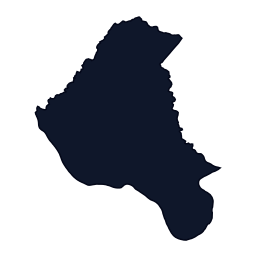 the district of Filadélfia, Tocantins, Brazil, rotated 91°
{"feature_id": "56859067B89236787477182", "entity_name": "Filadélfia", "entity_type": "district", "adm_level": 2, "iso_a3": "BRA", "parent_name": "Brazil", "parent_adm1": "Tocantins", "projection": "mercator", "projection_center": [-47.816, -7.505], "detail": "fine", "context": "isolated", "style": "filled", "palette": "ink", "viewbox_px": 256, "rotation_deg": 91, "n_neighbors": 0, "source": "geoboundaries", "source_scale": "gbopen_adm2", "svg_char_len": 5492}
<svg xmlns="http://www.w3.org/2000/svg" viewBox="0 0 256 256"><g transform="rotate(91 128 128)"><path d="M23.6,142.6L24.6,143.9L25.8,144.7L27.3,145.7L28.3,146.5L29.5,147.0L30.3,147.9L31.3,148.8L32.6,149.5L33.8,148.9L34.6,149.9L35.8,150.9L36.6,151.8L37.5,153.0L39.1,152.7L39.8,153.5L40.8,154.3L41.2,155.4L42.0,156.8L42.5,157.7L43.6,157.1L44.4,158.6L45.8,159.8L47.3,160.5L48.5,160.6L49.1,159.7L50.4,159.5L52.1,159.9L53.2,160.8L54.6,161.2L56.1,161.9L57.6,162.4L58.7,162.7L59.8,163.0L60.4,164.0L61.2,165.4L60.3,166.2L60.1,167.5L59.6,168.7L59.9,169.7L60.2,170.9L61.0,171.6L62.5,172.6L63.7,173.3L65.2,173.5L65.8,174.4L66.4,175.1L67.6,174.3L68.9,174.0L70.1,174.3L70.2,175.7L71.6,175.9L73.4,176.8L73.0,178.4L72.5,179.9L74.2,180.6L75.7,180.6L76.5,181.8L77.7,182.3L79.0,181.9L78.9,183.1L80.4,182.9L81.7,183.3L83.2,183.4L83.2,184.7L83.7,185.9L84.3,187.4L85.4,188.4L86.4,189.3L87.9,189.5L88.4,188.6L89.6,189.2L89.4,190.6L90.1,191.5L91.1,192.2L92.1,191.5L92.9,190.8L93.5,192.7L94.4,193.9L94.8,195.0L95.1,196.2L96.2,197.1L96.1,198.5L96.1,199.6L97.1,201.0L98.4,201.4L99.3,201.9L100.1,202.9L100.1,204.1L100.0,205.1L99.4,206.1L100.8,206.8L101.1,207.9L102.2,208.4L103.7,207.9L105.3,207.1L106.3,208.4L107.5,209.7L108.9,210.1L110.6,210.0L111.3,211.4L111.0,212.9L110.7,214.3L110.2,215.4L109.6,216.6L108.5,217.4L108.0,218.7L109.5,219.4L110.8,219.4L112.0,219.0L113.2,219.8L114.1,220.8L115.7,220.5L116.8,219.9L117.9,219.5L119.0,218.9L120.3,218.4L121.4,218.0L122.7,217.7L124.1,217.5L125.4,217.4L126.6,217.3L128.0,217.0L129.5,216.4L130.6,215.3L131.4,214.4L132.2,213.0L133.0,211.8L133.9,210.9L135.0,210.1L136.1,209.4L137.6,208.6L138.8,207.9L140.1,207.1L141.6,206.1L142.9,204.9L144.1,203.8L145.1,203.1L146.1,202.1L147.3,201.2L148.1,200.5L149.1,199.8L150.0,199.1L151.0,198.4L152.4,197.5L153.9,196.6L155.1,195.9L156.5,195.4L158.1,194.7L159.5,194.2L160.6,193.8L161.8,193.3L163.3,192.6L164.7,191.8L166.0,191.0L167.3,190.1L168.5,189.3L170.0,188.1L171.2,187.2L172.2,186.5L173.1,185.7L174.0,184.8L175.0,183.9L176.1,183.0L176.9,182.2L177.9,181.2L178.6,180.3L179.3,179.5L180.1,178.4L180.8,177.4L181.4,176.3L182.0,175.3L182.5,174.2L183.1,172.9L183.7,171.4L184.5,169.7L185.1,168.4L185.7,167.1L185.8,165.7L185.7,164.6L185.5,163.5L185.2,162.2L185.0,160.8L184.8,159.8L184.6,158.6L184.6,157.5L184.6,156.1L184.6,154.7L184.6,153.6L184.6,152.2L184.8,150.7L185.0,149.1L185.5,147.5L185.9,145.7L186.3,144.5L186.7,143.5L187.1,142.5L187.5,141.2L187.8,139.8L188.0,138.3L188.0,136.8L188.0,135.4L187.7,133.9L186.8,132.8L186.0,131.9L185.1,131.0L184.4,129.7L184.0,128.3L184.1,126.5L184.5,125.0L184.9,124.0L185.5,122.8L186.5,121.4L187.7,120.4L188.8,119.4L189.7,117.9L190.6,116.3L191.5,115.0L192.6,113.3L193.3,112.2L194.1,111.0L195.0,109.6L195.9,108.5L196.8,107.5L197.6,106.5L198.3,105.5L199.2,104.2L200.6,100.6L201.8,98.5L203.9,96.1L208.7,92.8L211.3,91.8L212.8,91.5L217.8,89.8L219.2,89.0L223.0,87.7L225.8,86.1L227.8,85.2L232.0,82.8L234.7,80.6L236.3,78.6L237.3,76.5L237.8,75.3L238.3,73.5L238.8,71.0L239.0,70.0L239.0,68.7L239.0,67.7L238.6,66.7L238.2,65.5L237.6,63.6L237.3,62.5L236.4,60.6L235.5,58.9L233.6,56.2L232.5,54.1L231.4,52.5L230.0,51.1L228.7,50.3L227.3,49.1L224.5,47.7L222.7,46.7L222.2,45.2L220.1,43.7L216.6,42.4L211.1,42.3L209.7,42.7L208.2,42.7L207.0,42.6L205.6,42.1L200.3,41.7L198.8,41.8L195.9,42.8L193.3,44.7L191.2,47.6L190.0,50.1L189.2,50.9L187.8,53.4L186.4,54.9L183.8,56.3L182.1,56.6L180.3,56.5L179.3,56.2L178.0,55.4L176.9,54.0L174.8,50.7L174.4,49.6L172.1,45.4L170.5,42.9L169.6,40.3L167.9,37.2L166.3,35.2L165.7,37.4L165.5,38.6L165.2,39.9L164.8,41.0L164.3,42.0L163.9,43.0L163.2,43.7L162.6,44.8L162.0,46.0L161.5,47.4L161.1,48.4L160.4,49.4L159.3,50.4L157.6,51.1L156.2,51.5L155.1,52.0L154.2,52.7L153.4,53.5L152.7,54.3L152.5,55.4L152.6,56.4L152.4,57.8L151.6,59.3L150.3,59.9L149.3,60.5L148.6,61.5L148.4,62.9L147.2,63.6L145.9,63.5L144.8,62.9L143.0,63.1L142.9,64.5L143.3,65.9L142.1,67.2L142.6,68.5L142.8,69.9L142.2,70.9L141.3,70.6L140.2,70.2L139.6,71.1L138.8,72.3L138.2,73.5L137.6,74.3L136.4,74.4L134.9,74.5L133.6,74.8L132.3,74.9L131.4,75.8L130.3,76.5L129.5,75.6L129.3,74.5L128.8,73.6L127.6,74.1L127.3,75.5L126.8,76.7L125.7,77.1L124.3,77.4L123.0,78.2L121.6,77.8L120.1,78.6L118.4,79.1L117.0,79.1L115.6,78.8L114.1,78.3L112.7,78.2L111.7,78.1L110.9,78.8L110.2,79.9L109.9,81.1L109.7,82.5L109.1,83.5L108.0,84.5L106.8,84.1L105.3,83.3L103.7,83.1L102.9,84.2L101.5,84.3L101.0,83.3L100.3,81.9L98.8,81.2L97.5,81.8L96.5,82.7L95.9,84.0L94.7,84.5L92.9,84.0L91.9,84.2L91.4,85.3L91.1,87.1L90.3,88.3L89.3,88.0L87.8,87.7L86.7,86.7L85.9,85.8L84.8,85.6L83.7,85.0L82.1,85.3L80.9,86.1L80.1,86.8L79.2,87.5L78.4,88.6L77.1,88.3L76.7,87.2L75.4,87.0L74.3,88.0L72.5,88.1L71.1,88.3L70.3,89.5L69.5,90.5L69.0,91.9L68.5,93.3L67.6,94.1L67.1,95.5L66.3,96.3L64.8,96.6L63.6,97.4L62.4,96.5L61.8,95.2L60.8,94.4L59.4,93.5L52.1,87.3L50.8,86.3L48.6,84.5L44.6,81.1L43.5,80.1L41.9,78.8L37.3,75.7L36.1,77.1L35.0,78.0L34.1,78.9L34.1,80.2L34.4,81.8L34.3,83.2L34.5,84.5L34.4,86.1L33.4,87.5L32.9,88.9L32.6,90.5L32.2,91.8L32.4,93.1L32.5,94.1L31.9,95.3L31.5,96.8L31.1,98.1L30.1,99.5L28.3,100.0L26.8,100.3L26.1,101.4L26.1,102.7L26.3,104.0L26.8,105.3L26.7,106.6L26.4,108.0L25.6,108.7L25.0,109.7L23.9,110.4L22.7,111.0L21.6,111.9L21.4,113.1L21.1,114.3L21.1,115.6L20.1,116.2L18.9,116.5L18.1,117.5L17.0,118.4L17.0,119.6L17.6,120.8L17.8,121.9L18.2,122.9L19.2,123.8L19.4,125.2L20.0,126.3L20.9,127.2L21.0,128.4L21.4,129.7L22.0,131.1L22.1,132.8L21.4,133.9L21.2,134.9L22.0,135.9L22.7,136.7L23.6,137.7L24.3,138.6L24.7,139.9L24.6,141.2L23.6,142.6Z" fill="#0f172a" stroke="#020617" stroke-width="1.5"/></g></svg>